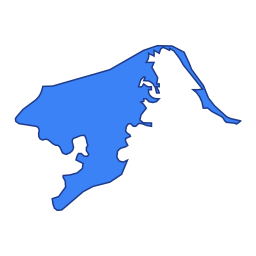 outline of Dumyat
{"feature_id": "EGY-1539", "entity_name": "Dumyat", "entity_type": "Governorate", "adm_level": 1, "iso_a3": "EGY", "parent_name": "Egypt", "parent_adm1": "", "projection": "albers", "projection_center": [31.792, 31.35], "detail": "fine", "context": "isolated", "style": "filled", "palette": "blue", "viewbox_px": 256, "rotation_deg": 0, "n_neighbors": 0, "source": "natural_earth", "source_scale": "10m", "svg_char_len": 2284}
<svg xmlns="http://www.w3.org/2000/svg" viewBox="0 0 256 256"><path d="M236.5,124.0L234.1,123.1L226.3,122.3L224.6,120.7L223.6,118.7L221.8,116.8L211.7,111.4L207.6,107.9L206.0,108.1L203.2,108.1L202.0,102.1L199.6,96.8L196.6,92.6L193.0,89.7L198.0,89.7L202.6,89.1L183.5,65.2L179.4,58.1L173.9,50.9L169.6,48.4L169.5,50.3L163.2,47.3L160.7,48.9L159.2,53.3L154.0,50.3L153.9,51.7L154.2,54.7L154.0,56.1L152.6,55.2L150.0,54.2L148.6,53.3L148.7,56.8L148.0,59.3L146.2,62.4L154.0,62.4L151.9,67.4L157.7,77.8L156.6,83.9L159.2,83.9L159.2,86.7L156.6,86.7L157.4,88.6L158.6,90.8L159.2,93.0L156.6,93.0L155.3,87.6L152.8,83.5L149.0,81.0L143.7,80.6L145.1,77.3L143.6,76.9L140.8,79.8L138.5,86.7L140.8,87.0L142.1,86.5L143.7,83.9L146.4,86.0L148.5,86.9L151.4,86.7L151.4,89.7L148.6,89.7L148.6,93.0L150.1,95.6L152.3,97.5L155.2,98.6L159.2,98.8L156.5,101.6L152.7,102.5L148.9,101.6L146.3,98.8L143.7,98.8L143.9,101.1L143.2,101.6L142.1,101.6L140.8,102.1L142.6,103.4L143.9,104.8L146.3,108.2L141.0,114.9L139.9,120.0L143.3,122.8L151.5,123.0L151.5,126.3L146.4,125.4L142.3,123.7L138.8,123.4L135.7,126.3L133.3,126.3L130.8,123.7L128.3,123.9L126.4,126.5L125.6,131.0L127.2,133.2L129.8,134.8L130.4,136.4L125.6,138.5L125.6,141.2L127.8,145.4L125.1,147.0L120.8,148.1L117.6,150.9L116.8,157.1L119.2,161.0L123.3,162.1L127.4,160.2L121.6,174.3L109.9,182.1L93.0,186.4L83.1,191.7L61.8,209.9L57.2,210.3L54.5,208.2L53.0,204.1L52.2,198.7L58.6,196.6L65.6,187.1L65.2,181.0L63.1,177.3L63.2,175.5L69.6,175.0L77.0,173.0L82.4,168.5L83.0,163.4L76.0,159.9L77.0,156.4L77.7,154.9L78.6,153.5L81.2,153.5L84.3,156.2L87.5,156.3L88.8,154.2L86.4,150.8L86.4,147.5L87.8,145.6L86.8,141.9L86.2,138.8L84.6,135.5L82.3,135.4L80.3,135.7L72.9,138.7L72.3,140.5L72.2,141.9L73.3,146.1L73.5,147.8L72.5,150.4L70.1,152.7L66.3,154.4L63.8,153.6L62.5,152.8L59.9,147.1L58.1,145.4L55.6,145.2L52.9,143.8L48.1,139.7L45.3,139.2L42.5,140.0L40.0,138.8L38.8,136.5L38.6,133.4L39.3,130.3L38.2,127.4L36.0,126.3L18.9,123.6L15.8,121.3L15.4,118.9L16.3,117.2L22.9,109.5L35.9,99.8L38.6,96.9L40.5,93.8L41.5,91.3L42.7,87.2L42.8,86.4L52.6,86.1L109.8,69.7L143.7,50.3L157.4,45.7L172.0,46.0L184.1,52.2L189.5,64.0L191.5,69.3L203.4,85.6L208.5,98.2L214.5,105.8L226.7,116.8L230.7,118.6L240.0,120.7L240.6,121.0L238.0,123.1L236.6,123.9L236.5,124.0Z" fill="#3b82f6" stroke="#1e3a8a" stroke-width="1.5"/></svg>